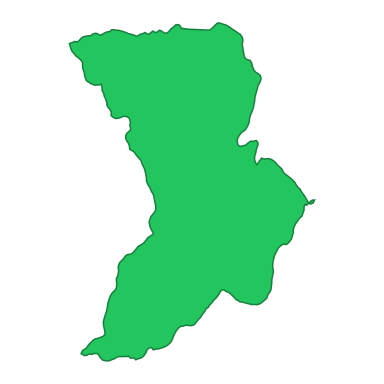 the district of Cariri do Tocantins, Tocantins, Brazil
{"feature_id": "56859067B90473711295320", "entity_name": "Cariri do Tocantins", "entity_type": "district", "adm_level": 2, "iso_a3": "BRA", "parent_name": "Brazil", "parent_adm1": "Tocantins", "projection": "equal_earth", "projection_center": [-49.215, -11.947], "detail": "fine", "context": "isolated", "style": "filled", "palette": "green", "viewbox_px": 384, "rotation_deg": 0, "n_neighbors": 0, "source": "geoboundaries", "source_scale": "gbopen_adm2", "svg_char_len": 5070}
<svg xmlns="http://www.w3.org/2000/svg" viewBox="0 0 384 384"><path d="M308.3,203.2L307.6,201.1L306.4,199.3L304.8,196.4L302.9,193.7L301.4,191.6L300.1,189.2L297.9,187.2L296.3,185.2L294.9,182.4L292.7,180.1L290.5,178.1L288.8,176.8L287.3,175.6L285.3,174.4L283.3,171.9L281.7,168.9L279.6,166.8L277.7,165.4L276.2,163.3L274.2,161.3L271.7,159.6L268.8,158.6L265.9,158.9L263.8,159.0L261.6,158.1L256.8,164.7L255.6,162.8L254.6,160.0L254.7,156.0L255.8,152.9L256.2,150.1L257.0,147.2L258.0,144.9L257.9,142.3L256.2,140.5L253.4,141.3L250.4,141.3L247.6,143.4L245.7,145.1L243.5,145.7L241.4,146.3L239.6,146.1L237.9,144.9L237.4,142.5L237.3,139.3L238.8,136.2L240.7,133.4L242.2,132.0L243.9,131.0L245.7,129.3L246.8,127.5L248.0,125.3L249.2,122.0L249.6,118.5L250.2,115.7L251.1,113.7L252.1,111.3L253.3,107.9L254.1,103.9L254.7,100.6L255.0,97.0L256.0,93.3L256.7,90.7L257.5,88.0L258.1,85.3L259.3,83.5L260.4,81.2L261.1,78.2L260.2,75.4L258.2,73.7L255.8,72.3L253.8,70.0L252.5,66.4L251.7,63.2L250.3,60.6L247.9,59.8L245.7,58.9L244.2,56.3L243.8,53.7L242.2,44.4L242.8,41.4L242.7,38.5L241.8,36.5L240.3,34.4L238.0,32.9L236.2,31.7L234.2,30.4L232.0,28.9L229.7,27.3L227.7,26.0L225.6,24.9L223.8,24.4L221.7,23.7L219.4,23.0L217.3,23.1L211.6,28.7L209.5,30.1L205.7,30.0L188.3,29.2L186.2,29.0L181.1,28.1L180.2,26.1L178.7,24.6L175.8,24.8L173.4,27.2L170.9,28.9L169.4,30.9L167.2,33.0L164.1,33.1L162.0,31.2L159.4,30.2L157.1,32.2L154.9,32.4L153.0,31.1L151.4,32.1L149.4,34.1L147.3,34.1L145.1,32.5L142.4,33.8L140.0,34.3L138.3,35.7L136.1,36.1L133.4,34.8L130.8,34.2L128.3,33.6L126.2,32.6L123.9,31.8L122.0,31.2L119.8,30.6L118.1,30.2L116.3,30.3L113.9,29.7L111.5,29.8L110.0,31.5L107.2,31.9L104.6,32.9L102.3,34.4L99.7,35.2L97.4,33.6L95.3,33.3L93.0,33.9L90.5,35.8L88.2,35.8L85.8,36.2L82.9,37.0L80.7,38.8L79.1,40.6L77.5,41.9L74.7,41.5L72.6,42.4L69.4,43.6L70.1,45.7L70.6,48.1L71.7,50.7L72.9,52.4L74.5,54.0L75.7,55.8L77.7,57.3L79.5,58.7L81.2,60.6L82.6,62.4L82.5,64.8L82.8,68.2L84.1,72.1L84.8,76.2L86.1,80.1L87.4,81.5L89.0,82.2L90.8,83.7L92.6,84.3L94.5,85.2L97.0,85.0L98.9,85.0L101.2,84.2L102.1,87.2L102.1,90.6L103.6,93.1L104.3,96.3L105.8,99.3L106.8,102.4L106.9,104.8L107.8,107.0L109.5,109.0L111.3,111.6L111.1,115.6L113.2,117.3L115.4,118.5L118.4,118.2L121.0,117.4L123.2,116.4L125.0,116.4L127.2,116.7L129.3,118.4L130.4,122.1L129.8,125.1L130.5,127.6L130.5,130.0L128.8,131.6L126.6,133.5L125.6,136.2L125.9,139.0L127.0,141.2L128.3,143.0L129.3,145.7L129.8,149.4L131.8,150.6L133.6,151.5L135.0,153.3L137.0,156.0L139.3,158.6L141.1,160.7L142.2,164.3L144.1,167.8L145.0,170.8L145.7,173.9L146.4,177.7L146.5,181.2L148.0,184.7L150.1,188.2L151.6,191.7L153.1,194.0L153.8,196.3L154.3,199.3L155.0,202.6L155.6,205.5L155.9,208.3L155.5,210.5L154.4,212.3L152.8,214.3L151.0,216.5L150.1,218.8L149.1,222.0L149.9,226.2L150.8,228.7L153.6,233.8L150.5,236.0L148.0,237.5L145.9,240.3L143.6,243.1L142.0,244.3L140.0,245.3L138.1,246.5L136.4,248.7L135.1,250.3L133.7,251.8L131.9,253.6L130.0,254.3L127.5,254.6L125.9,255.5L124.6,257.1L123.1,259.2L120.9,261.3L119.4,263.1L118.2,266.8L118.6,271.4L117.8,275.8L116.4,278.5L116.5,281.7L116.7,284.9L116.3,288.1L114.8,290.5L112.7,292.3L111.0,294.8L109.9,296.9L108.9,300.0L107.9,303.1L107.3,307.1L106.8,310.5L105.6,314.0L104.6,317.1L103.8,319.9L103.3,322.5L103.6,325.4L104.2,328.5L104.8,331.5L105.1,334.2L103.4,336.1L101.0,337.2L98.5,338.1L96.7,338.6L95.0,339.0L92.9,340.4L91.3,342.0L89.9,343.4L88.2,345.2L86.6,347.9L84.8,349.2L82.7,350.3L81.1,353.6L83.0,354.8L84.8,355.6L86.9,355.2L89.1,354.0L91.7,354.4L93.9,353.6L96.2,353.5L98.0,354.0L99.6,356.6L101.1,358.4L102.8,360.2L105.3,360.7L108.0,361.0L110.1,360.5L112.2,359.5L114.4,358.8L116.8,357.2L119.6,356.5L121.4,356.7L123.4,356.5L126.2,356.5L128.7,356.3L130.4,358.1L133.8,357.9L135.8,359.8L137.9,358.8L139.8,358.4L142.0,357.4L143.9,355.7L145.8,352.9L147.3,349.5L149.3,347.9L151.6,347.6L153.4,349.9L155.7,349.1L157.9,348.9L160.2,348.4L163.2,347.4L165.6,346.4L168.0,344.8L169.6,343.4L171.1,341.7L172.5,338.9L173.5,336.1L174.7,333.6L176.3,330.8L178.3,328.2L180.6,326.3L183.2,326.1L186.2,325.1L189.0,325.6L191.7,325.6L194.5,324.5L196.6,321.8L198.6,319.3L200.5,317.5L201.6,315.7L202.6,313.9L204.7,311.6L206.1,308.8L208.1,307.5L209.6,305.2L211.1,303.6L212.8,301.4L214.6,299.4L216.8,297.2L219.0,294.2L220.4,291.3L222.1,290.1L223.9,289.9L225.9,291.4L228.9,292.5L231.4,294.7L234.0,297.2L236.1,299.6L238.4,300.6L240.0,301.9L242.3,302.1L244.9,302.8L247.4,303.5L250.0,304.1L251.9,304.6L254.2,304.4L256.8,304.7L259.0,304.1L260.7,303.4L262.3,302.1L265.0,299.8L266.8,298.2L267.6,295.3L268.9,293.3L270.1,291.6L271.0,289.5L271.3,286.9L271.7,283.7L271.8,279.5L272.4,276.9L273.0,273.6L273.4,270.5L272.7,267.6L272.7,264.8L272.9,262.0L273.6,259.3L274.5,255.5L276.2,252.2L277.5,249.6L278.7,247.5L280.6,245.9L282.1,244.7L284.1,244.0L286.2,244.6L287.8,243.5L289.7,241.4L291.4,239.1L292.3,235.8L293.4,232.4L293.4,229.4L294.0,226.9L295.6,223.8L297.2,221.4L298.8,219.4L300.0,217.6L301.8,216.5L302.6,214.1L304.0,210.2L304.1,206.8L305.1,204.3L306.8,205.2L308.3,203.2ZM308.3,203.2L310.7,204.0L313.3,202.8L314.6,200.0L312.3,200.1L310.4,201.5L308.3,203.2Z" fill="#22c55e" stroke="#15803d" stroke-width="1.5"/></svg>